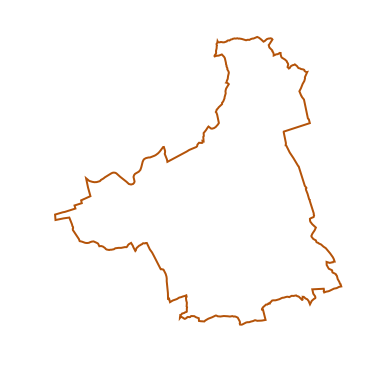 outline of Jupanesti, Gorj, Romania, rotated 77°
{"feature_id": "2599482B25905298128431", "entity_name": "Jupanesti", "entity_type": "district", "adm_level": 2, "iso_a3": "ROU", "parent_name": "Romania", "parent_adm1": "Gorj", "projection": "albers", "projection_center": [23.543, 44.891], "detail": "fine", "context": "isolated", "style": "outline", "palette": "amber", "viewbox_px": 384, "rotation_deg": 77, "n_neighbors": 0, "source": "geoboundaries", "source_scale": "gbopen_adm2", "svg_char_len": 5896}
<svg xmlns="http://www.w3.org/2000/svg" viewBox="0 0 384 384"><g transform="rotate(77 192 192)"><path d="M285.0,238.2L290.8,239.4L290.9,239.1L291.6,238.7L291.3,238.3L294.4,238.2L293.4,235.2L292.9,230.8L292.0,228.2L292.0,226.2L291.7,224.1L291.7,222.6L291.4,220.8L292.9,220.8L293.4,221.5L294.4,221.8L296.5,222.0L298.7,221.9L302.4,223.0L303.1,222.7L304.2,223.2L307.4,224.0L307.6,224.3L307.7,225.8L308.1,226.8L308.2,229.0L309.5,230.6L309.3,231.1L309.9,231.3L310.6,231.1L311.0,231.8L312.0,232.1L311.4,231.4L311.3,230.5L312.0,229.6L313.7,228.0L314.0,227.5L313.5,225.6L313.0,225.0L312.8,224.1L313.4,222.6L313.4,221.9L312.9,221.3L312.7,220.6L313.5,217.7L315.0,216.2L316.5,213.8L319.2,214.2L319.8,212.8L320.9,209.1L320.2,208.0L319.1,204.5L318.6,200.7L317.7,196.8L317.9,196.0L318.9,194.9L319.7,192.4L320.0,188.9L321.1,185.2L321.9,183.0L322.0,180.6L322.8,179.3L322.8,178.6L323.2,177.6L324.7,175.7L328.7,174.6L329.9,174.6L331.0,175.1L332.0,175.0L332.4,173.6L332.4,172.8L331.3,168.5L331.4,166.8L331.6,166.2L331.7,165.5L331.5,163.6L331.5,161.8L331.1,159.4L332.2,157.3L333.0,152.9L333.2,149.1L322.6,149.3L322.6,150.1L322.3,150.3L321.8,150.2L320.4,148.9L318.3,145.1L318.6,144.1L318.3,143.5L318.3,142.9L317.8,142.6L317.7,141.9L317.8,141.6L318.2,141.4L318.2,141.2L317.3,140.8L317.1,140.2L315.8,138.4L315.8,137.5L316.3,135.2L316.3,134.2L316.1,130.8L315.7,129.3L315.4,127.7L315.6,126.4L315.4,123.4L315.6,122.2L316.3,120.9L315.6,118.4L316.1,116.4L316.2,113.8L317.3,112.8L317.4,112.3L318.1,111.4L321.9,109.0L321.9,108.7L321.6,108.4L320.3,108.6L319.5,107.3L319.1,107.4L319.3,106.7L321.3,105.3L322.5,103.8L324.4,102.9L328.0,102.3L325.0,99.8L323.6,97.2L323.2,95.8L322.6,95.5L321.3,95.5L318.4,96.7L313.9,96.7L315.9,85.4L317.4,85.5L318.4,86.0L319.6,85.8L319.3,83.5L319.4,81.7L319.3,80.5L318.1,75.4L318.2,72.7L317.5,69.9L317.6,67.8L315.1,68.0L314.8,68.4L312.6,68.7L309.7,69.6L306.3,69.7L305.5,70.2L304.8,70.1L303.5,71.3L302.1,73.1L301.5,73.3L300.0,73.1L299.6,73.3L297.5,76.0L293.4,77.2L290.4,76.6L292.0,73.9L292.1,72.3L292.0,71.7L292.2,70.6L291.7,70.0L291.9,68.7L289.4,68.9L287.3,69.4L282.9,71.2L276.8,74.3L274.8,76.2L272.2,78.0L270.6,80.1L270.0,80.4L269.5,81.3L268.8,82.0L267.0,82.2L265.0,84.4L262.4,85.6L261.7,85.6L259.7,84.1L256.8,81.0L254.5,79.3L250.4,82.1L247.5,83.4L246.1,83.4L244.6,83.1L244.1,81.4L243.8,79.2L242.3,78.3L241.5,78.5L241.1,78.3L240.0,78.2L227.6,79.2L226.6,79.2L226.2,79.0L225.6,79.5L219.8,79.8L215.8,80.4L214.5,80.4L214.0,79.7L213.7,79.6L211.4,80.7L191.1,82.3L190.6,82.7L181.9,85.5L175.5,87.9L167.6,89.8L167.5,90.2L165.6,89.5L154.4,89.2L153.8,89.0L151.4,61.7L147.5,61.8L146.5,62.5L145.7,62.5L127.1,62.1L124.2,63.5L123.3,63.6L122.9,63.9L118.0,64.7L115.4,62.5L111.6,59.9L109.1,57.6L106.7,56.3L105.6,56.2L101.0,52.7L101.0,53.5L100.1,54.5L99.3,55.1L98.3,55.2L97.8,55.7L97.3,56.7L96.7,58.1L95.8,59.1L95.2,60.4L92.9,61.4L90.8,63.1L91.1,63.9L91.1,65.5L91.6,67.2L92.1,68.0L92.9,68.5L93.4,69.7L92.9,69.8L92.4,70.5L91.8,70.8L89.4,69.6L88.3,69.6L86.9,70.2L86.0,70.2L84.0,71.5L81.2,74.3L80.3,74.6L77.8,74.7L76.5,74.4L76.2,75.2L77.0,77.4L76.8,79.1L77.2,80.6L77.4,81.7L76.2,81.4L75.0,81.4L73.9,81.6L73.1,82.1L72.2,81.9L68.6,84.1L66.1,84.2L65.5,83.4L61.5,79.3L60.5,79.8L59.9,80.9L59.9,81.5L59.7,83.1L59.9,84.7L61.3,87.3L61.6,88.5L58.8,90.4L56.7,92.1L55.6,93.6L56.3,97.5L56.1,98.7L56.3,100.6L56.7,101.7L56.2,103.6L56.3,105.2L54.0,109.2L53.1,111.4L53.1,112.0L52.4,113.3L52.4,114.7L51.9,116.2L52.0,117.1L51.9,117.6L52.2,118.6L52.2,120.1L52.8,121.3L52.4,122.7L52.6,123.7L53.1,124.2L53.4,127.1L53.1,128.3L52.6,129.3L52.5,129.8L52.3,130.3L52.4,131.1L52.2,132.4L51.6,133.0L50.8,133.2L52.1,133.7L53.3,134.8L54.2,134.9L54.8,134.7L55.7,135.2L57.3,135.6L60.0,136.9L61.9,137.2L62.6,137.6L64.1,139.3L64.8,139.5L65.0,139.4L64.8,137.6L65.1,135.2L64.7,132.0L67.6,130.3L69.0,129.9L73.9,129.9L75.2,130.1L76.4,129.9L77.6,130.1L79.4,129.7L80.5,130.0L82.7,129.3L84.2,129.3L87.2,130.8L89.9,131.8L91.4,133.0L93.0,133.7L93.2,134.0L93.8,132.9L95.2,131.9L98.7,135.3L99.4,135.8L101.3,136.7L103.5,137.0L106.9,138.9L108.1,139.3L110.9,141.3L111.8,142.6L113.1,142.9L115.5,147.0L116.1,147.6L117.4,149.5L118.0,149.7L119.4,150.8L120.5,150.3L122.4,150.1L130.8,150.3L132.1,151.6L134.0,154.3L134.7,156.2L134.8,158.1L134.5,159.1L131.9,161.2L132.4,161.9L135.0,164.6L137.2,167.4L140.1,167.9L140.8,168.6L145.2,169.3L144.6,170.3L145.9,170.4L146.4,170.8L146.4,171.5L145.6,174.1L147.0,176.0L148.5,176.7L149.1,177.6L150.4,185.2L151.4,188.1L157.1,209.2L154.6,209.1L148.7,210.0L147.8,209.5L146.0,209.0L141.8,209.3L141.7,210.0L145.4,214.4L146.7,216.4L147.8,218.9L148.2,220.3L148.9,225.1L148.6,226.6L148.6,229.1L149.1,231.0L149.7,231.9L151.3,233.2L156.4,235.8L158.8,237.3L160.2,239.2L161.5,243.4L162.6,244.7L164.2,245.6L168.8,245.6L169.9,246.2L170.9,247.6L171.0,249.7L170.0,251.7L167.2,253.6L161.1,258.5L156.8,261.5L156.0,262.5L155.5,263.8L155.4,265.2L155.8,266.8L158.1,273.6L158.9,275.2L159.8,278.1L160.2,278.5L160.7,279.4L160.9,282.6L160.5,284.9L159.7,286.8L158.1,289.6L154.8,292.1L164.2,292.3L173.2,291.9L175.2,301.9L178.1,301.9L178.7,309.5L181.9,309.3L182.8,320.5L182.7,322.4L183.2,330.5L188.6,331.3L188.8,323.1L189.3,317.3L196.6,316.2L198.2,316.2L199.5,315.8L200.5,316.0L201.1,316.5L202.3,316.6L212.4,312.8L214.6,312.5L215.5,310.6L217.5,307.5L218.1,305.8L218.3,303.9L218.0,302.7L217.8,300.8L218.0,299.0L220.3,296.0L221.2,295.1L224.0,294.5L224.2,292.7L225.1,291.1L227.0,289.4L228.2,288.8L228.9,288.0L229.9,285.7L229.8,284.9L230.1,283.6L230.2,281.0L229.6,279.4L229.9,276.1L230.5,273.6L230.6,269.7L231.0,268.4L230.7,267.5L229.5,266.5L228.7,265.4L227.9,262.8L231.3,261.7L232.4,261.6L236.7,260.5L236.2,259.8L235.3,259.5L234.0,258.4L232.4,255.5L232.1,254.0L231.7,253.3L231.6,252.3L231.0,251.5L231.0,250.9L231.5,249.4L231.3,248.5L231.5,247.5L238.4,246.0L242.0,244.5L245.7,243.5L260.0,239.9L260.3,239.7L260.3,238.9L260.8,238.3L260.9,237.7L261.4,237.2L265.8,236.1L268.7,235.9L270.7,236.1L273.2,236.7L285.0,238.2Z" fill="none" stroke="#b45309" stroke-width="2"/></g></svg>